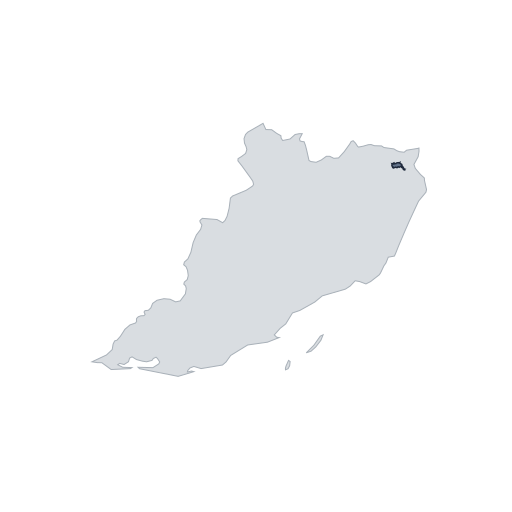 Sensenti, Ocotepeque, Honduras shown in context, rotated 153°
{"feature_id": "27666195B50269536793474", "entity_name": "Sensenti", "entity_type": "district", "adm_level": 2, "iso_a3": "HND", "parent_name": "Honduras", "parent_adm1": "Ocotepeque", "projection": "albers", "projection_center": [-88.964, 14.531], "detail": "fine", "context": "in_parent", "style": "filled", "palette": "slate", "viewbox_px": 512, "rotation_deg": 153, "n_neighbors": 0, "source": "geoboundaries", "source_scale": "gbopen_adm2", "svg_char_len": 3963}
<svg xmlns="http://www.w3.org/2000/svg" viewBox="0 0 512 512"><g transform="rotate(153 256 256)"><path d="M450.2,236.2L434.1,235.7L426.6,237.9L423.3,242.4L420.5,244.5L418.1,244.1L413.3,246.0L406.1,250.2L399.6,251.8L393.7,251.0L392.0,252.0L391.6,253.3L390.7,254.6L388.5,255.3L385.8,255.0L382.9,253.7L381.3,254.3L381.2,256.9L379.7,257.7L376.6,256.5L373.3,257.5L369.6,260.7L364.3,261.5L357.5,259.8L352.2,256.5L348.4,251.6L343.9,250.4L336.1,254.3L332.9,258.7L332.3,261.3L333.1,263.7L331.7,265.3L328.0,266.2L325.3,269.2L323.5,274.3L323.2,278.2L324.4,281.0L322.6,283.1L317.9,284.4L312.3,288.9L305.9,296.5L299.6,301.8L293.2,304.9L290.1,308.2L290.4,311.8L290.0,312.9L288.8,313.4L286.7,313.9L274.2,306.2L270.6,300.8L267.5,301.7L263.7,304.5L258.3,310.7L252.5,319.2L249.6,320.1L234.9,319.0L227.2,319.9L225.6,321.0L224.9,324.1L225.4,328.2L227.7,342.9L228.9,349.0L227.8,350.9L223.8,351.2L218.7,352.1L215.9,354.9L215.2,357.8L215.0,361.8L213.4,366.0L210.2,369.0L207.1,370.1L189.5,371.0L189.8,364.2L184.7,361.4L181.8,355.7L179.2,351.9L180.1,349.6L179.8,346.8L172.6,344.8L166.0,346.5L162.1,345.4L159.3,344.0L164.1,340.6L164.5,338.5L162.9,337.0L161.3,336.0L161.7,332.2L162.7,327.7L165.4,317.1L164.3,315.3L159.9,312.2L154.2,311.9L148.0,312.9L145.0,311.3L142.3,307.7L137.9,305.9L130.0,308.9L121.7,313.2L119.2,314.8L117.1,314.6L116.1,311.4L115.7,307.5L115.2,306.5L110.7,305.2L105.5,304.2L102.9,303.1L100.4,300.5L94.2,297.1L92.8,294.6L84.5,288.8L82.8,286.0L80.9,283.9L76.9,281.2L73.8,281.9L63.3,278.5L61.8,278.2L63.2,275.3L66.5,270.8L73.7,265.9L74.3,261.8L72.5,254.1L70.6,249.1L71.6,246.8L73.9,237.8L75.6,235.7L86.0,231.2L87.0,230.5L95.2,224.1L104.2,217.0L113.7,209.2L124.2,200.4L130.0,195.3L132.7,193.1L138.7,194.9L143.5,190.7L146.3,189.3L152.7,184.4L154.7,183.3L165.5,181.2L170.7,181.2L175.3,186.2L178.9,188.9L185.7,186.5L191.4,185.9L215.1,190.4L224.4,188.3L241.7,187.6L249.4,188.7L260.3,182.0L267.3,180.6L275.5,177.4L274.4,174.2L272.4,172.8L284.9,174.0L303.8,180.5L323.7,178.9L330.8,175.2L335.4,174.1L356.0,180.6L361.5,185.8L365.7,186.2L368.9,184.9L369.8,183.8L365.7,182.8L363.9,181.2L380.0,184.1L410.9,208.4L411.6,210.4L398.5,203.3L391.6,204.0L389.9,205.3L390.3,209.3L391.0,211.2L394.0,211.3L396.1,210.2L401.5,211.4L405.1,214.0L409.5,218.0L412.2,222.4L415.0,222.4L417.6,219.7L422.8,219.2L426.2,222.2L428.6,221.9L425.2,217.3L417.2,212.9L419.1,212.7L436.6,220.6L441.8,230.9L445.9,233.1L450.2,236.2ZM245.0,150.2L235.1,155.4L232.0,155.3L236.5,151.4L243.9,147.9L250.1,146.2L255.2,146.9L245.0,150.2ZM279.1,144.4L274.4,148.2L273.5,146.5L275.8,143.0L278.6,141.0L281.4,141.2L280.7,142.7L279.1,144.4Z" fill="#d9dde1" stroke="#a8b0b8" stroke-width="1"/><path d="M90.3,270.7L89.2,270.7L88.9,270.7L88.7,270.7L88.7,270.8L88.5,270.7L88.4,270.7L88.0,270.0L86.2,270.1L86.1,269.9L86.0,269.7L85.9,269.6L85.9,269.4L85.9,269.2L85.7,269.2L85.8,269.0L85.7,269.0L85.7,268.9L85.6,268.7L85.4,268.5L85.4,268.4L85.4,268.2L85.2,268.0L85.2,267.9L85.1,267.7L85.1,267.4L85.1,267.2L85.3,267.1L85.4,266.9L85.4,266.7L85.2,266.3L85.2,266.2L85.2,265.9L84.9,265.7L84.9,265.8L84.6,265.4L84.5,265.2L84.4,265.2L84.4,265.3L84.4,265.6L84.3,265.8L84.3,266.0L84.2,266.0L84.3,266.1L84.4,266.3L84.5,266.4L84.6,266.5L84.7,266.8L84.6,267.1L84.6,267.3L84.6,267.7L84.6,267.8L84.6,268.0L84.8,268.2L84.8,268.3L84.7,268.5L84.7,268.8L84.7,269.0L84.8,269.1L84.9,269.3L85.0,269.3L85.1,269.5L85.1,269.8L85.0,270.0L84.9,270.1L84.9,270.3L84.9,270.5L84.7,270.7L84.7,270.8L84.8,270.9L84.8,271.0L84.7,271.0L84.8,271.0L84.7,271.1L84.7,271.3L84.6,271.5L85.4,272.8L85.8,273.5L85.7,273.7L85.7,273.8L85.5,274.0L85.8,274.0L86.0,274.1L86.3,274.2L86.4,274.3L86.5,274.3L86.8,274.4L86.8,274.5L88.0,275.0L88.6,275.0L88.8,275.0L89.0,275.0L89.1,274.9L89.3,274.8L89.5,274.9L91.2,275.4L91.1,275.5L91.0,275.8L90.9,275.9L90.9,276.0L90.8,276.3L92.2,276.3L92.3,276.3L92.4,276.2L92.5,276.2L92.8,276.2L92.9,276.3L92.9,276.2L93.1,276.1L94.0,274.6L93.5,273.1L94.0,272.8L93.7,272.1L91.1,271.7L90.3,270.7Z" fill="#64748b" stroke="#1e293b" stroke-width="1.5"/></g></svg>